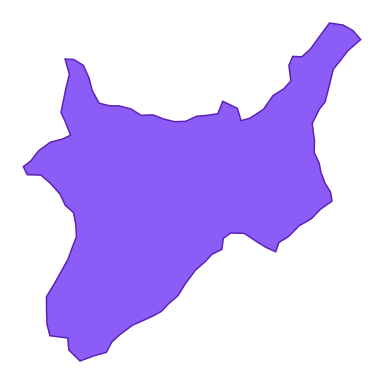 outline of Mauá, São Paulo, Brazil
{"feature_id": "56859067B13191510448941", "entity_name": "Mauá", "entity_type": "district", "adm_level": 2, "iso_a3": "BRA", "parent_name": "Brazil", "parent_adm1": "São Paulo", "projection": "orthographic", "projection_center": [-46.443, -23.666], "detail": "fine", "context": "isolated", "style": "filled", "palette": "violet", "viewbox_px": 384, "rotation_deg": 0, "n_neighbors": 0, "source": "geoboundaries", "source_scale": "gbopen_adm2", "svg_char_len": 1331}
<svg xmlns="http://www.w3.org/2000/svg" viewBox="0 0 384 384"><path d="M329.5,23.0L318.7,37.6L310.5,48.9L301.8,56.8L292.7,56.4L288.9,65.4L290.9,80.9L283.6,88.9L273.1,95.5L263.5,109.3L249.8,118.2L241.1,120.7L237.3,108.3L222.8,101.3L217.8,113.7L207.6,115.3L196.8,116.2L185.7,121.3L174.7,121.7L164.2,119.2L153.0,114.9L141.1,115.3L130.9,108.9L118.7,105.8L109.6,105.8L99.1,103.2L92.2,90.4L89.0,78.0L83.4,65.4L73.8,59.5L65.1,59.0L69.4,74.3L66.2,86.9L61.0,112.4L65.1,121.3L70.6,135.1L62.1,139.2L50.5,142.1L38.8,150.6L30.6,161.1L23.3,166.6L27.2,174.7L40.9,175.1L50.6,183.5L60.3,194.5L65.3,205.4L73.5,212.6L75.8,224.4L76.4,236.9L71.7,248.9L68.0,259.2L62.1,269.9L54.0,284.3L46.5,296.7L46.5,308.7L47.0,324.3L49.9,335.7L67.7,338.0L68.9,350.1L80.0,361.0L93.6,355.9L106.3,352.4L111.8,342.1L120.0,334.5L132.8,325.0L142.9,320.6L153.9,315.5L161.6,311.2L168.3,304.0L177.9,295.7L185.4,283.6L195.4,270.2L205.5,261.3L211.9,254.3L221.9,249.3L223.3,238.4L230.6,233.0L244.3,233.4L256.2,241.3L265.8,247.3L275.7,251.8L278.9,242.5L288.6,236.5L298.9,226.0L311.7,218.4L320.6,209.1L332.0,201.1L330.5,192.0L325.0,183.1L320.9,172.2L319.2,163.1L314.2,152.6L314.5,140.7L312.2,123.6L319.5,108.9L325.1,101.9L327.7,92.0L331.1,78.0L333.3,69.1L339.3,61.9L347.9,50.6L360.7,39.6L353.0,30.6L342.9,25.0L329.5,23.0Z" fill="#8b5cf6" stroke="#5b21b6" stroke-width="1.5"/></svg>